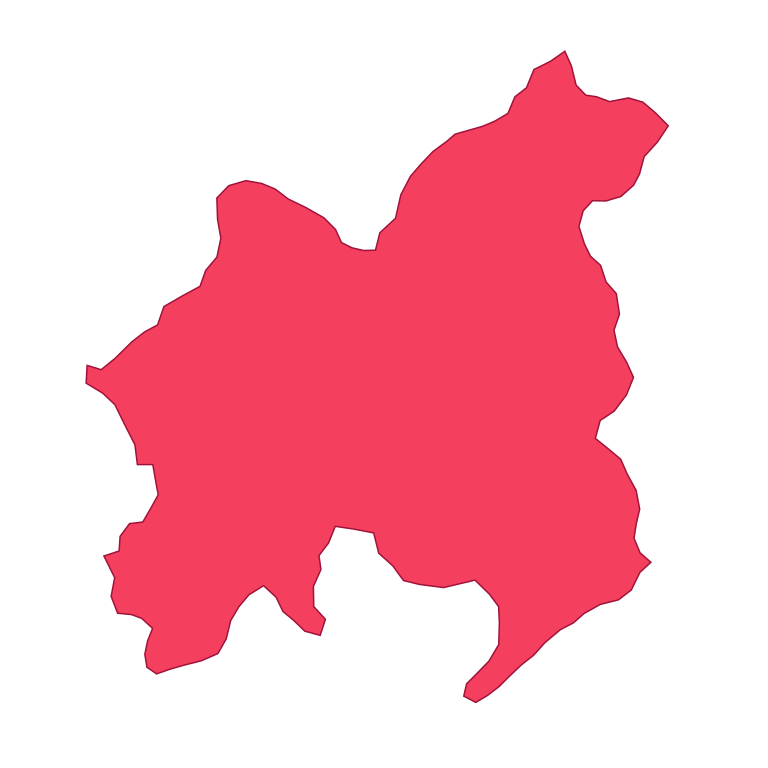 outline of Coronel Xavier Chaves, Minas Gerais, Brazil, rotated 357°
{"feature_id": "56859067B25773134342580", "entity_name": "Coronel Xavier Chaves", "entity_type": "district", "adm_level": 2, "iso_a3": "BRA", "parent_name": "Brazil", "parent_adm1": "Minas Gerais", "projection": "natural_earth1", "projection_center": [-44.197, -21.023], "detail": "fine", "context": "isolated", "style": "filled", "palette": "rose", "viewbox_px": 768, "rotation_deg": 357, "n_neighbors": 0, "source": "geoboundaries", "source_scale": "gbopen_adm2", "svg_char_len": 2106}
<svg xmlns="http://www.w3.org/2000/svg" viewBox="0 0 768 768"><g transform="rotate(357 384 384)"><path d="M633.5,390.4L627.4,374.9L619.1,359.1L616.5,342.2L622.8,326.6L620.7,305.9L611.1,293.7L606.5,276.8L596.9,267.3L591.5,254.6L586.9,236.9L592.0,221.4L601.8,211.9L615.3,212.8L630.3,209.2L643.6,198.6L650.1,187.8L655.7,170.6L669.9,156.5L681.4,141.0L669.2,127.4L657.3,116.1L643.1,111.1L624.0,113.8L611.4,108.3L600.6,106.1L591.5,95.6L587.8,76.2L582.0,61.2L566.8,70.6L550.2,77.8L541.8,95.6L529.7,104.1L522.0,120.2L508.2,127.4L495.6,131.9L481.2,135.2L468.1,138.2L459.0,145.2L445.2,154.3L432.9,165.9L421.4,177.8L410.7,195.9L404.2,219.1L387.8,232.7L382.5,249.9L370.6,249.6L359.1,246.3L348.9,240.5L343.7,227.2L332.8,215.0L316.0,204.2L298.0,194.2L285.6,183.7L272.3,177.3L256.7,173.7L239.4,177.8L226.8,189.5L226.4,210.8L228.7,229.9L223.8,248.5L211.9,261.2L205.4,276.8L187.4,285.4L168.3,295.1L161.0,313.1L147.7,319.4L134.5,328.6L116.7,344.4L102.3,354.9L88.5,349.9L86.6,367.6L102.7,378.5L114.2,390.6L122.6,410.3L132.1,431.7L133.5,451.6L148.9,452.4L150.8,468.0L152.7,482.9L144.7,495.7L135.9,509.2L122.6,510.1L112.5,522.3L110.7,536.9L95.3,541.1L104.9,563.3L100.4,581.8L106.0,599.0L119.6,601.0L129.8,605.4L140.1,615.9L134.5,628.1L131.0,641.4L132.4,654.4L141.7,661.6L154.6,657.8L169.2,654.4L187.2,650.8L204.0,644.5L213.1,630.3L218.5,612.3L227.3,599.0L238.1,587.4L253.2,579.1L265.1,591.3L271.2,605.9L281.2,615.1L292.0,626.7L307.1,631.7L313.2,615.9L302.2,602.6L302.9,582.4L311.3,566.0L310.1,551.9L320.2,540.0L327.9,523.6L345.8,527.2L365.9,532.2L369.9,552.7L383.2,566.0L393.2,581.3L408.8,586.0L432.9,590.4L449.4,587.4L464.6,584.6L478.4,599.6L486.8,612.3L486.7,628.7L484.9,650.3L474.2,666.3L460.4,679.1L450.8,687.7L447.3,699.9L459.0,706.8L471.1,700.4L483.2,692.1L493.3,683.0L506.6,671.6L519.2,662.7L531.1,650.8L547.2,638.6L560.9,632.3L571.7,623.7L588.5,615.4L606.9,611.8L620.2,602.6L629.8,585.4L641.2,576.0L630.9,566.0L625.6,551.1L628.6,536.9L632.8,522.3L630.2,503.4L622.1,486.5L616.5,471.6L604.8,460.7L592.2,449.4L598.0,431.7L612.5,423.1L625.6,407.5L633.5,390.4Z" fill="#f43f5e" stroke="#9f1239" stroke-width="1.5"/></g></svg>